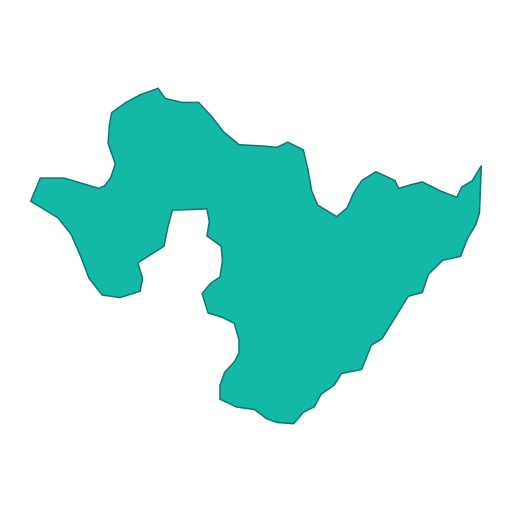 Sunchang-gun, North Jeolla, South Korea (Equal Earth projection)
{"feature_id": "91817680B23901291202395", "entity_name": "Sunchang-gun", "entity_type": "district", "adm_level": 2, "iso_a3": "KOR", "parent_name": "South Korea", "parent_adm1": "North Jeolla", "projection": "equal_earth", "projection_center": [127.087, 35.421], "detail": "fine", "context": "isolated", "style": "filled", "palette": "teal", "viewbox_px": 512, "rotation_deg": 0, "n_neighbors": 0, "source": "geoboundaries", "source_scale": "gbopen_adm2", "svg_char_len": 1236}
<svg xmlns="http://www.w3.org/2000/svg" viewBox="0 0 512 512"><path d="M262.9,146.0L239.1,144.7L223.6,131.9L211.7,116.5L198.6,102.4L181.9,102.4L165.3,98.5L158.1,88.3L140.3,94.7L126.0,102.4L111.7,112.6L109.3,125.5L108.1,143.4L115.3,164.0L110.5,178.1L104.5,185.8L98.6,188.3L77.2,181.9L64.1,178.1L40.3,178.1L30.7,201.2L58.1,217.9L71.2,234.6L80.7,256.4L89.0,278.3L102.1,295.0L120.0,297.6L140.2,291.2L142.6,278.3L137.8,262.9L164.0,246.2L167.6,228.2L172.4,210.2L206.9,208.9L209.3,221.7L206.9,235.9L221.2,246.2L222.4,260.3L220.0,277.0L210.5,283.4L202.1,293.7L208.1,313.0L221.2,316.9L234.3,323.3L239.0,340.0L239.0,352.9L234.3,361.9L224.7,372.2L220.0,385.1L220.0,399.3L236.7,407.0L254.5,409.6L266.4,418.6L268.6,419.4L277.2,422.5L293.8,423.7L303.4,412.1L314.1,407.0L321.2,394.1L334.3,385.1L341.5,373.5L361.7,369.4L371.3,345.2L382.0,338.8L408.2,296.3L422.4,292.4L428.4,274.4L442.7,260.3L460.5,256.4L467.6,238.4L476.0,224.3L479.5,212.7L481.3,165.7L472.4,180.6L461.7,187.1L456.9,197.3L440.2,190.9L422.4,181.9L411.7,184.5L398.6,188.3L395.0,180.6L375.9,171.7L361.7,180.6L353.3,193.5L347.4,207.6L336.7,216.6L317.6,205.0L311.7,190.9L308.1,170.4L303.3,149.8L287.8,142.1L277.1,147.3L262.9,146.0Z" fill="#14b8a6" stroke="#0f766e" stroke-width="1.5"/></svg>